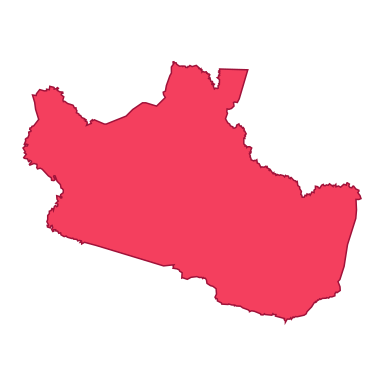 the district of Phayakkhaphum Phisai, Maha Sarakham, Thailand
{"feature_id": "78962969B19409562021129", "entity_name": "Phayakkhaphum Phisai", "entity_type": "district", "adm_level": 2, "iso_a3": "THA", "parent_name": "Thailand", "parent_adm1": "Maha Sarakham", "projection": "natural_earth1", "projection_center": [103.233, 15.531], "detail": "fine", "context": "isolated", "style": "filled", "palette": "rose", "viewbox_px": 384, "rotation_deg": 0, "n_neighbors": 0, "source": "geoboundaries", "source_scale": "gbopen_adm2", "svg_char_len": 5861}
<svg xmlns="http://www.w3.org/2000/svg" viewBox="0 0 384 384"><path d="M340.2,290.5L340.0,286.8L338.0,281.6L339.9,279.5L344.1,266.4L347.5,244.7L355.8,218.4L356.5,210.0L356.0,199.4L358.8,199.5L361.0,198.6L360.0,195.6L357.8,192.6L358.9,191.2L358.9,190.3L355.9,189.0L353.6,186.1L352.7,186.3L351.8,187.8L349.8,187.4L348.8,186.0L349.4,184.1L347.3,182.8L346.7,183.1L346.3,185.1L343.8,184.3L340.6,187.2L338.5,186.0L336.0,186.8L335.8,184.4L334.8,185.5L333.2,185.3L333.0,186.5L329.5,183.8L328.2,185.3L326.4,184.9L325.2,185.7L323.9,185.6L323.3,184.4L321.7,185.2L319.7,188.2L318.3,187.7L317.8,186.7L315.4,186.2L315.4,189.1L314.0,190.2L314.1,192.6L311.9,192.0L310.2,195.2L309.3,194.0L308.2,194.5L307.0,193.9L306.5,195.7L305.1,195.2L304.2,197.2L302.2,197.2L301.7,195.1L300.8,194.5L301.4,191.4L299.7,188.7L299.7,187.0L297.8,185.5L297.2,181.4L296.1,181.8L295.6,180.9L293.8,180.4L291.2,177.5L290.6,177.6L290.3,178.6L289.0,178.0L288.6,176.4L287.9,175.9L286.3,176.0L285.5,175.4L284.6,176.9L283.3,175.6L280.4,174.8L279.5,175.4L277.1,174.4L276.9,175.1L275.9,175.4L275.4,173.8L273.9,173.8L273.8,172.7L272.9,173.5L270.3,169.7L269.7,170.6L269.1,170.4L269.2,168.9L267.3,167.9L267.2,166.8L266.5,167.3L265.9,166.2L264.1,167.2L261.7,166.9L260.9,167.4L259.2,163.8L257.3,163.0L256.8,159.8L255.8,160.6L254.9,160.3L253.8,160.9L251.1,159.8L250.9,158.2L250.0,156.8L250.4,156.1L249.4,153.8L250.5,153.2L249.8,152.2L251.1,152.0L250.7,150.4L251.7,148.0L249.8,146.7L247.7,146.8L246.8,147.6L246.4,146.0L245.0,146.0L245.1,145.0L243.8,143.9L243.8,138.3L244.8,138.4L244.5,137.5L245.5,136.0L244.8,135.2L246.2,133.9L244.7,131.0L244.0,130.8L244.2,129.0L243.3,127.6L242.5,128.1L241.1,125.9L240.4,126.3L239.3,125.1L238.9,123.9L236.7,125.1L236.4,126.8L235.6,127.6L234.1,128.2L233.0,127.8L232.9,126.9L230.4,125.8L229.6,124.0L227.8,122.9L225.5,118.8L227.5,113.2L226.8,112.0L227.1,108.9L229.0,109.3L231.5,108.5L234.0,106.1L233.5,102.5L234.7,102.0L237.3,102.5L239.2,98.9L247.8,69.8L219.6,69.0L219.7,70.3L218.9,70.9L219.7,71.8L218.7,72.2L219.7,73.5L219.2,74.4L219.6,75.1L218.6,75.4L218.8,76.8L217.2,77.6L219.5,79.6L219.4,83.3L218.8,83.6L219.3,84.6L218.1,85.6L218.2,88.1L217.5,88.5L215.6,88.1L214.4,89.0L213.2,85.8L214.4,84.2L213.1,83.5L213.0,84.4L211.9,84.4L212.0,82.8L212.7,82.7L212.4,81.5L210.8,81.3L210.0,78.0L209.1,78.8L208.6,78.5L209.4,77.7L208.9,76.3L209.8,74.8L208.9,73.9L208.0,74.1L207.3,73.0L206.7,73.2L206.2,71.8L204.3,72.1L202.9,71.4L202.2,71.9L202.4,71.2L201.6,70.8L201.8,69.8L201.1,69.9L201.0,68.7L200.2,69.2L199.5,68.2L198.9,68.4L198.8,67.6L196.3,65.4L192.1,66.6L189.9,65.5L188.7,66.7L188.0,66.5L187.4,67.5L185.7,67.4L185.5,66.4L183.8,66.0L182.7,66.5L182.3,66.0L179.5,66.2L176.8,64.4L176.1,62.8L174.6,62.8L173.9,61.7L173.1,61.8L173.0,63.0L173.6,63.9L171.4,67.0L171.4,73.0L169.9,75.7L166.4,85.5L165.4,91.1L163.2,92.2L163.6,94.7L165.3,97.5L156.6,106.1L145.8,102.8L142.5,102.8L132.7,109.5L126.1,116.1L106.1,124.1L104.2,124.0L94.3,119.8L92.7,120.7L92.3,119.8L90.4,121.4L91.3,123.4L86.5,125.4L87.3,123.1L86.8,121.4L85.5,121.3L86.0,119.8L84.4,119.7L84.7,118.7L81.8,117.6L80.6,115.5L79.3,115.2L78.8,113.9L76.4,112.7L76.9,110.7L76.1,109.5L76.0,107.9L74.4,107.9L73.2,105.4L72.4,105.0L67.6,103.5L64.7,101.3L63.4,101.6L62.9,99.9L63.8,96.8L61.2,94.8L61.6,93.5L62.9,93.2L62.7,92.1L59.7,91.8L57.4,90.4L57.1,90.0L58.4,88.3L57.4,87.6L56.2,88.7L54.2,89.1L54.1,87.6L53.7,87.3L49.8,86.3L49.3,89.7L46.6,89.2L46.6,90.7L44.4,90.9L39.7,89.6L36.5,93.7L36.2,95.5L32.5,95.0L34.7,102.5L35.6,109.4L38.7,119.4L33.7,125.9L32.0,126.3L31.4,127.7L29.9,128.1L29.7,129.4L31.0,130.4L30.9,131.4L28.7,132.1L29.0,134.9L27.7,137.9L26.5,138.1L25.4,139.2L25.7,140.9L24.2,144.5L25.5,145.5L25.6,144.5L26.2,144.1L27.8,144.6L27.4,145.9L25.1,146.2L23.0,148.0L25.3,151.8L24.3,152.8L26.3,154.2L23.7,157.6L24.3,158.3L27.5,158.9L28.6,161.6L29.1,161.7L29.8,160.3L31.2,161.1L31.6,161.9L29.4,164.3L29.9,165.1L34.0,163.5L36.9,164.3L37.1,166.2L36.7,167.4L37.5,168.9L40.2,168.2L42.2,169.2L48.4,175.9L51.2,177.7L51.6,180.3L53.8,180.6L54.9,180.0L55.1,179.3L53.6,176.7L54.0,175.7L55.1,175.9L57.1,181.2L60.4,184.6L61.0,188.0L62.3,188.6L63.3,190.0L63.2,192.7L60.7,194.6L60.5,196.1L61.9,197.0L61.7,197.9L60.8,198.0L59.4,196.5L56.7,195.7L57.0,199.2L58.2,201.1L55.8,203.3L57.9,204.2L57.6,206.2L56.7,206.7L55.6,205.5L54.4,206.4L53.4,210.4L52.8,208.7L51.9,208.5L51.1,210.5L49.3,211.2L49.3,213.6L47.7,215.5L47.7,219.4L46.9,221.7L48.6,225.0L48.3,225.5L47.2,225.5L47.5,227.0L50.3,227.9L51.1,225.7L52.1,225.4L52.7,227.5L51.6,229.3L52.8,231.5L53.9,231.1L53.8,229.7L55.7,229.7L55.8,230.9L57.7,231.2L58.8,233.3L60.6,232.9L61.0,234.8L64.1,236.6L66.2,236.1L67.3,237.2L71.8,238.5L72.9,238.2L73.5,239.1L76.9,239.4L77.7,240.9L79.4,240.4L81.1,240.8L80.2,242.3L81.6,242.0L81.7,243.9L84.5,242.3L96.0,245.4L163.6,265.9L173.9,264.8L173.1,266.1L173.5,267.0L173.0,268.2L177.1,268.9L179.3,270.0L179.7,271.2L182.1,272.7L181.8,278.0L182.5,277.7L187.3,279.3L191.1,277.3L196.9,276.6L199.3,277.5L201.8,277.4L202.7,278.5L203.3,277.6L204.2,278.3L205.2,278.2L206.4,279.8L207.0,283.4L210.4,285.6L212.9,286.3L216.1,288.7L216.5,294.1L215.0,297.2L215.9,298.8L216.5,298.4L217.4,299.1L217.4,300.9L221.4,302.9L221.8,304.1L228.1,304.5L228.7,304.0L232.0,305.0L234.1,305.0L234.4,305.8L235.2,305.3L236.4,306.0L240.5,306.2L242.7,307.8L248.1,309.8L249.4,310.8L249.5,311.7L251.6,310.8L254.4,311.3L260.6,313.8L260.7,314.6L261.3,314.8L263.1,314.9L264.5,313.8L265.0,314.5L271.9,315.2L272.9,313.7L273.5,314.5L275.9,314.6L275.5,316.1L284.5,318.5L284.2,319.6L285.4,321.1L285.4,322.3L287.2,319.1L289.8,319.1L290.7,317.9L291.4,319.3L293.1,317.0L293.9,317.6L295.7,316.5L297.0,316.8L304.1,315.2L306.2,313.8L307.0,311.7L311.6,306.9L314.3,302.6L315.3,302.5L315.5,301.6L316.3,302.0L317.8,299.9L318.6,300.1L319.7,298.8L320.7,299.4L322.4,298.4L326.2,298.2L326.7,297.6L328.7,298.1L329.9,296.8L331.9,296.9L334.9,295.8L334.9,293.6L336.1,292.1L337.0,292.7L340.2,290.5Z" fill="#f43f5e" stroke="#9f1239" stroke-width="1.5"/></svg>